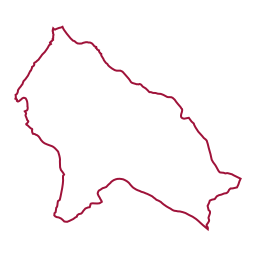 La, Oudômxai, Laos
{"feature_id": "54806243B9832797211716", "entity_name": "La", "entity_type": "district", "adm_level": 2, "iso_a3": "LAO", "parent_name": "Laos", "parent_adm1": "Oudômxai", "projection": "albers", "projection_center": [102.094, 20.932], "detail": "fine", "context": "isolated", "style": "outline", "palette": "rose", "viewbox_px": 256, "rotation_deg": 0, "n_neighbors": 0, "source": "geoboundaries", "source_scale": "gbopen_adm2", "svg_char_len": 5582}
<svg xmlns="http://www.w3.org/2000/svg" viewBox="0 0 256 256"><path d="M53.2,28.3L52.8,29.7L52.9,30.6L52.6,31.0L52.9,31.6L52.9,32.1L53.1,32.6L53.0,33.2L53.2,33.8L53.5,34.3L53.4,35.5L53.2,35.9L53.2,36.8L53.2,38.0L52.9,38.3L52.7,38.6L53.1,39.5L53.1,39.9L52.2,40.3L51.8,41.2L51.4,41.4L51.2,41.7L50.7,41.7L50.4,42.2L50.0,42.6L50.1,42.8L50.4,43.1L50.6,43.4L51.0,44.0L50.6,44.3L49.9,44.4L49.6,44.9L49.1,45.2L47.6,48.0L46.3,49.9L44.8,52.0L42.2,54.6L40.5,57.0L39.5,58.3L38.5,59.7L37.0,60.9L36.1,61.8L34.6,62.7L34.1,63.2L34.1,63.9L34.3,64.5L34.1,65.2L33.4,66.1L32.4,66.7L32.0,67.0L32.0,67.5L31.8,68.5L31.5,69.0L30.9,70.6L30.4,70.8L29.5,72.5L28.0,75.6L25.4,79.2L23.5,81.2L22.3,84.5L21.7,85.0L20.8,86.4L19.2,88.3L18.0,90.2L17.9,91.0L17.8,92.0L17.1,93.6L16.5,94.3L15.6,94.8L15.9,97.7L15.9,97.9L15.4,98.4L15.4,98.6L15.4,98.8L15.7,98.9L16.0,98.8L16.9,99.5L17.0,99.8L16.8,100.4L16.9,100.9L17.3,101.2L17.8,101.3L18.0,101.5L19.2,101.0L20.9,99.6L21.3,99.3L21.9,98.7L22.4,98.3L23.5,97.8L24.1,97.8L25.1,98.1L25.7,98.4L26.6,100.1L27.1,101.5L27.4,103.6L27.5,106.0L27.4,106.2L27.6,106.8L27.7,107.8L27.6,109.1L27.4,109.7L27.2,110.0L26.6,110.6L26.3,110.7L25.2,111.1L24.8,111.3L25.3,112.0L25.6,112.5L26.0,113.0L26.1,113.6L26.0,114.0L25.6,114.8L25.5,115.2L25.6,115.7L25.9,116.5L26.1,117.0L26.4,117.6L26.8,118.8L27.1,119.6L27.1,119.8L27.4,120.2L28.2,121.1L28.3,121.4L28.2,121.8L28.1,122.0L27.3,123.0L27.1,123.3L26.9,123.5L26.7,123.7L26.5,123.8L26.2,124.1L26.3,124.3L26.4,124.5L26.6,124.8L27.0,125.0L27.5,125.3L28.0,125.7L28.4,126.1L28.9,126.6L30.1,127.7L30.5,128.1L31.1,128.5L31.4,128.6L31.7,128.7L32.0,128.9L32.2,129.2L32.2,129.5L32.2,129.9L32.0,130.4L32.1,131.2L32.1,131.6L32.2,132.2L32.4,132.5L32.7,133.4L32.8,133.7L32.9,133.8L33.3,133.9L33.9,133.9L34.4,134.0L34.8,134.1L35.3,134.4L36.0,134.8L36.3,134.9L37.1,135.2L38.6,136.4L39.7,137.9L41.0,140.0L42.8,142.0L44.6,143.3L47.1,144.4L49.8,145.4L51.8,146.1L53.0,146.7L54.5,147.8L56.0,149.3L57.3,150.7L58.1,151.6L58.7,153.5L59.0,154.5L59.4,155.9L59.8,157.9L60.0,159.4L59.9,161.4L60.0,164.3L60.1,167.3L60.9,169.9L62.8,172.4L63.6,173.6L64.1,174.6L63.1,175.7L63.0,176.9L63.0,178.3L63.1,180.5L62.8,184.0L62.2,188.1L60.6,196.3L59.8,199.8L58.0,201.1L57.7,202.4L57.4,205.0L57.1,206.6L56.2,207.9L56.0,209.7L55.6,212.2L54.5,213.2L54.3,215.4L55.4,216.5L57.0,217.2L58.1,217.3L59.1,217.6L61.2,218.6L62.7,219.9L64.3,221.5L65.7,221.7L67.2,221.8L69.4,220.9L73.3,219.0L75.1,217.6L76.9,216.6L77.1,215.5L78.6,214.2L81.1,213.6L82.1,212.7L83.3,210.9L85.4,208.5L87.9,207.5L89.7,207.2L90.4,204.9L90.4,204.3L91.0,203.6L92.3,203.3L97.2,203.5L99.4,203.3L100.3,202.8L101.8,201.8L101.4,200.7L100.5,199.3L100.2,198.7L99.6,197.5L98.6,195.9L98.1,194.8L97.7,193.7L97.8,192.8L98.3,191.4L99.1,190.4L100.3,189.8L102.6,188.2L104.3,187.7L106.2,187.0L107.2,186.0L107.6,185.5L108.4,184.7L110.3,183.0L110.6,182.7L111.1,182.0L112.4,181.0L113.8,180.1L115.8,179.3L117.5,178.9L119.6,178.8L121.4,179.0L123.1,179.3L124.7,180.0L126.7,181.1L128.4,182.4L129.3,183.3L130.2,184.5L131.8,186.3L132.6,187.1L133.4,187.8L135.0,188.8L136.3,189.6L138.1,190.4L139.8,191.0L141.4,191.8L143.6,192.4L145.9,193.4L147.3,193.9L151.0,195.7L152.3,196.4L153.7,197.6L155.2,198.7L156.4,199.8L157.4,200.2L158.6,200.7L160.9,202.0L161.7,202.8L163.6,204.4L165.2,205.5L166.3,206.3L168.7,207.7L170.6,208.7L171.7,209.5L173.3,210.4L174.6,210.8L176.3,211.0L177.6,211.3L178.6,211.4L179.3,211.4L180.2,211.5L181.7,211.9L182.7,212.1L183.8,212.5L184.6,212.7L185.8,213.2L189.3,215.1L191.8,216.3L192.6,216.7L194.1,217.7L195.9,218.9L197.4,220.1L199.1,221.6L199.7,222.2L203.0,225.2L207.8,229.2L207.9,228.3L207.7,227.3L206.9,226.1L206.6,225.3L206.7,224.7L208.2,222.6L209.0,221.1L209.1,220.1L208.9,219.3L208.6,218.5L208.5,217.6L209.9,213.5L210.0,212.7L210.0,211.8L209.6,210.9L208.6,210.1L207.6,205.9L209.1,202.8L209.8,200.6L211.8,199.7L214.7,199.1L216.8,196.3L218.9,195.2L221.4,194.6L224.1,193.5L226.6,193.1L228.1,191.8L229.1,189.8L230.5,188.5L232.7,188.4L237.0,187.4L238.4,184.5L239.4,181.4L240.6,178.7L233.5,175.2L232.0,174.3L227.5,173.1L227.2,173.1L225.3,173.4L224.7,173.2L223.7,172.8L220.5,172.5L219.6,172.2L218.4,170.7L216.0,166.3L215.2,165.0L213.1,162.2L211.7,159.7L210.9,156.1L210.5,154.2L209.7,151.4L208.7,147.8L207.8,144.1L206.7,140.6L205.6,139.4L203.8,138.0L202.1,135.9L198.3,131.7L195.5,127.4L194.2,124.9L193.9,123.9L193.8,123.5L193.3,123.1L191.5,121.5L188.8,117.8L184.1,118.7L182.4,118.2L181.5,117.5L181.1,116.8L181.0,115.5L181.3,113.8L181.8,112.3L182.1,110.8L182.2,110.0L182.0,109.0L181.5,108.6L180.5,107.0L178.0,104.1L176.3,102.0L174.7,99.7L172.6,97.8L171.2,97.2L167.9,97.1L166.9,96.8L166.0,96.3L163.4,94.9L161.9,94.3L160.7,93.9L157.8,93.7L155.6,93.0L153.0,92.9L150.8,92.1L149.4,92.1L148.7,91.5L147.9,90.5L146.3,89.0L145.7,88.4L144.7,87.8L142.9,86.7L142.2,86.0L141.8,85.4L141.1,84.7L140.7,84.4L139.6,84.0L138.6,84.4L138.0,84.2L136.9,84.3L132.5,83.0L131.5,82.5L130.8,81.8L129.8,80.2L128.8,78.8L125.5,75.0L123.1,72.3L122.4,71.6L120.5,70.7L117.2,70.7L116.4,70.6L114.7,70.1L112.0,68.5L109.6,66.7L108.2,65.4L107.4,64.0L105.9,62.9L103.9,60.2L103.4,58.9L101.3,55.5L101.2,53.8L100.5,53.6L100.3,53.5L100.2,53.1L100.0,52.7L99.6,52.4L99.4,52.1L99.1,51.5L98.9,50.8L99.0,50.4L98.1,50.1L97.7,49.7L97.2,49.5L96.9,49.1L96.7,48.4L96.5,48.0L96.0,48.0L95.8,47.8L95.9,47.4L95.9,47.2L96.0,46.9L95.5,46.8L94.2,46.0L93.0,44.5L91.9,43.4L90.9,42.9L89.9,42.5L88.4,42.5L87.2,42.2L85.9,42.2L83.3,42.8L81.7,43.5L79.6,43.6L77.5,43.4L75.9,42.4L75.1,41.6L74.2,41.0L72.9,40.6L71.8,39.5L70.7,38.5L66.7,33.6L63.8,29.6L62.9,27.8L62.5,26.8L61.0,27.5L59.1,27.9L55.7,29.2L55.0,29.6L54.4,29.3L54.0,29.3L53.7,28.8L53.2,28.3Z" fill="none" stroke="#9f1239" stroke-width="2"/></svg>